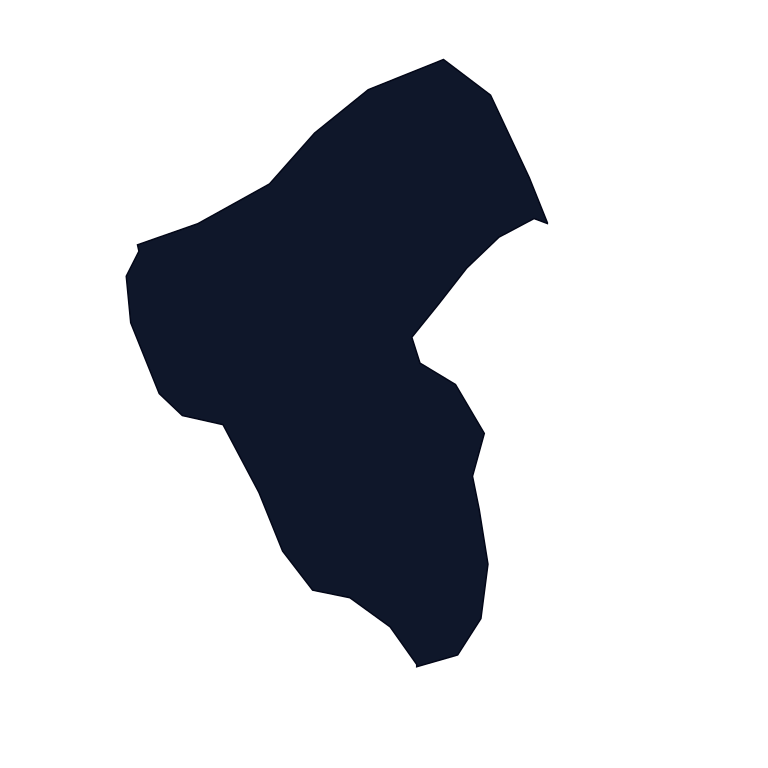 Mölndal, Västra Götaland, Sweden (orthographic projection), rotated 68°
{"feature_id": "70781695B68601782286735", "entity_name": "Mölndal", "entity_type": "district", "adm_level": 2, "iso_a3": "SWE", "parent_name": "Sweden", "parent_adm1": "Västra Götaland", "projection": "orthographic", "projection_center": [12.149, 57.629], "detail": "fine", "context": "isolated", "style": "filled", "palette": "ink", "viewbox_px": 768, "rotation_deg": 68, "n_neighbors": 0, "source": "geoboundaries", "source_scale": "gbopen_adm2", "svg_char_len": 626}
<svg xmlns="http://www.w3.org/2000/svg" viewBox="0 0 768 768"><g transform="rotate(68 384 384)"><path d="M658.4,459.6L662.8,417.2L651.7,401.6L637.8,382.0L590.0,355.1L535.9,342.7L502.7,336.5L467.4,309.5L411.3,317.9L378.1,342.8L351.1,340.7L330.3,303.3L307.5,263.9L290.9,222.3L286.8,182.9L296.4,172.4L295.8,172.1L247.2,172.0L156.1,177.0L105.4,207.3L105.2,288.3L125.3,354.3L155.6,415.2L165.6,496.5L162.6,560.4L169.1,561.5L187.5,582.6L232.3,595.9L308.7,596.0L337.7,582.8L361.4,548.5L437.8,540.6L501.0,540.6L548.4,527.4L569.4,495.7L611.5,469.3L656.3,458.7L658.4,459.6Z" fill="#0f172a" stroke="#020617" stroke-width="1.5"/></g></svg>